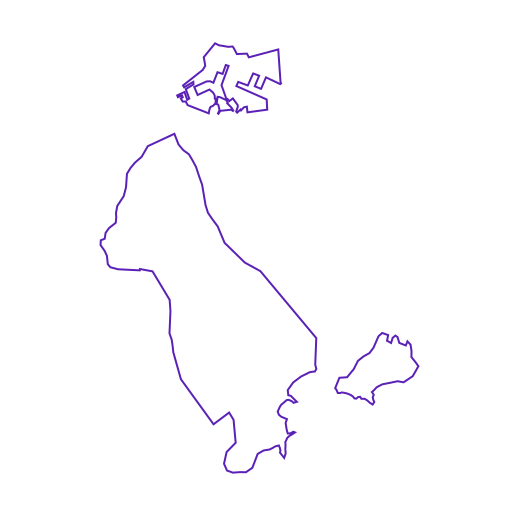 outline of Jung-gu [Central District], Incheon, South Korea, rotated 266°
{"feature_id": "91817680B6497324316239", "entity_name": "Jung-gu [Central District]", "entity_type": "district", "adm_level": 2, "iso_a3": "KOR", "parent_name": "South Korea", "parent_adm1": "Incheon", "projection": "robinson", "projection_center": [126.503, 37.45], "detail": "fine", "context": "isolated", "style": "outline", "palette": "violet", "viewbox_px": 512, "rotation_deg": 266, "n_neighbors": 0, "source": "geoboundaries", "source_scale": "gbopen_adm2", "svg_char_len": 3261}
<svg xmlns="http://www.w3.org/2000/svg" viewBox="0 0 512 512"><g transform="rotate(266 256 256)"><path d="M298.9,118.4L294.1,111.3L289.6,107.6L283.8,106.3L282.5,102.3L277.7,101.7L271.6,105.4L266.5,107.3L258.1,107.6L254.9,110.0L252.4,117.4L249.8,139.0L251.1,139.3L247.9,151.7L218.3,166.8L206.8,166.8L184.9,164.3L178.2,166.1L172.7,166.5L165.7,166.8L138.3,172.5L91.1,201.9L101.7,218.3L94.1,222.2L71.1,222.7L62.5,213.0L51.0,209.6L44.0,212.1L41.5,217.8L41.5,225.1L41.0,230.9L45.0,237.6L58.5,243.9L61.5,250.1L62.0,255.9L63.3,259.1L64.8,262.1L65.4,265.6L62.9,266.4L60.2,266.8L58.2,266.2L52.6,270.0L56.9,271.8L61.9,271.8L63.7,272.1L66.0,272.3L68.5,272.3L72.6,274.7L74.4,277.1L75.9,280.2L77.3,282.6L78.1,281.0L76.7,277.9L76.7,275.3L80.6,274.5L87.4,273.9L91.1,275.5L93.9,270.0L96.0,267.8L99.3,266.8L103.4,269.0L105.7,270.6L110.2,276.7L110.2,278.7L108.5,281.8L106.9,283.2L107.7,286.6L111.0,283.6L114.1,281.0L114.9,278.5L120.0,278.3L127.2,284.2L132.6,292.5L136.3,301.4L136.5,303.2L136.7,306.7L139.1,308.3L143.5,307.5L169.9,310.4L240.6,259.3L250.2,244.4L271.3,225.6L288.3,219.8L295.8,215.0L302.4,211.1L310.4,209.2L320.9,208.2L331.0,207.2L339.5,204.8L349.0,202.4L355.5,199.5L362.1,196.2L366.6,190.9L372.6,186.5L383.6,183.1L373.1,155.7L363.0,148.9L357.5,141.7L352.5,136.9L347.0,133.0L340.5,132.1L333.5,131.1L324.9,128.2L315.6,121.1L308.5,119.3L304.4,119.3L298.9,118.4ZM445.3,215.8L431.2,195.1L429.3,196.1L434.1,205.6L431.5,205.6L427.4,197.6L417.7,200.4L416.6,198.3L424.6,196.1L421.7,188.6L419.9,189.2L421.3,193.4L419.5,194.0L418.4,192.0L415.2,193.6L415.0,196.7L411.3,198.3L401.6,218.8L404.7,219.6L406.9,220.4L408.0,221.2L408.7,223.3L409.3,224.3L410.0,224.8L410.3,225.3L410.4,226.0L415.7,227.1L415.8,225.9L418.9,226.0L422.0,224.6L425.3,221.2L420.7,209.0L428.9,206.2L433.6,218.9L433.5,222.4L431.8,225.6L442.0,230.4L440.0,235.4L448.6,239.2L447.5,241.9L428.8,233.5L415.1,237.3L414.3,235.9L416.9,231.3L417.5,228.8L410.3,227.3L409.7,228.8L408.7,229.1L404.0,229.8L400.9,228.0L400.5,228.4L403.3,230.5L403.7,241.3L402.3,243.1L402.6,243.5L405.3,242.1L405.7,241.9L410.3,238.0L410.8,238.5L413.4,237.2L414.5,238.6L412.4,240.2L414.8,243.9L408.9,247.6L407.6,248.3L406.3,248.3L401.5,246.3L400.3,247.2L403.2,250.7L402.3,251.2L405.1,254.2L405.6,257.3L399.9,257.5L401.2,277.4L411.4,277.6L426.9,248.3L430.9,250.4L426.7,259.7L438.3,265.9L435.6,271.7L425.4,266.6L422.4,272.7L433.5,278.4L425.8,292.1L426.4,293.0L428.0,292.6L460.4,292.6L460.5,292.6L454.7,262.7L458.5,261.1L458.8,251.0L464.6,248.5L466.6,247.3L466.6,242.9L468.8,233.7L471.0,230.0L457.9,217.7L453.1,218.3L449.2,218.6L445.3,215.8ZM148.3,356.2L144.3,350.4L136.3,345.6L128.7,338.4L128.7,330.7L118.7,325.8L116.5,327.1L113.7,328.0L113.4,330.2L113.9,332.0L113.4,334.4L112.4,337.5L110.8,340.7L109.1,342.9L107.1,344.2L106.7,346.0L108.1,348.0L108.3,350.0L106.2,351.2L106.0,354.3L104.2,356.9L101.7,359.3L99.7,362.0L102.1,363.8L104.2,363.0L106.9,362.6L109.3,363.8L112.2,362.2L113.8,364.2L116.7,367.3L119.2,373.1L120.2,381.3L121.2,388.6L119.7,394.4L125.2,404.0L134.7,410.3L138.7,407.9L144.3,404.0L150.3,404.5L156.8,404.0L160.3,401.1L156.3,399.2L159.3,392.9L165.3,391.5L166.9,389.5L164.8,386.6L159.8,384.7L162.3,380.8L167.9,382.3L170.4,376.5L167.4,372.6L156.3,366.8L151.3,362.5L148.3,356.2Z" fill="none" stroke="#5b21b6" stroke-width="2"/></g></svg>